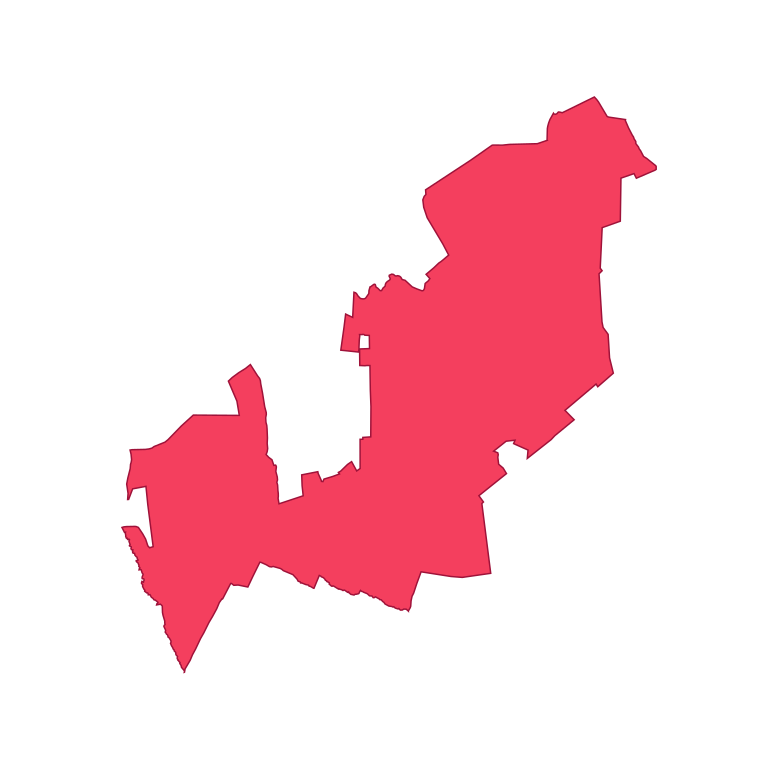 outline of Hlipiceni, Botosani, Romania, rotated 7°
{"feature_id": "2599482B72423078179164", "entity_name": "Hlipiceni", "entity_type": "district", "adm_level": 2, "iso_a3": "ROU", "parent_name": "Romania", "parent_adm1": "Botosani", "projection": "mercator", "projection_center": [27.104, 47.59], "detail": "fine", "context": "isolated", "style": "filled", "palette": "rose", "viewbox_px": 768, "rotation_deg": 7, "n_neighbors": 0, "source": "geoboundaries", "source_scale": "gbopen_adm2", "svg_char_len": 6154}
<svg xmlns="http://www.w3.org/2000/svg" viewBox="0 0 768 768"><g transform="rotate(7 384 384)"><path d="M220.9,694.5L221.1,694.4L221.3,691.0L225.3,681.8L226.9,676.1L229.3,670.0L232.9,659.1L235.5,652.9L239.3,642.1L242.2,635.5L245.4,627.4L247.2,621.0L249.3,617.1L249.7,617.2L250.1,616.8L256.1,600.7L257.0,600.6L259.4,602.1L263.7,601.3L273.6,602.1L277.2,591.2L282.5,576.0L283.5,576.0L289.1,577.7L292.5,579.2L294.5,579.3L296.2,578.6L303.4,579.7L305.2,580.4L306.8,581.5L316.8,584.3L321.5,588.3L322.8,590.2L324.9,590.6L325.4,591.6L325.9,591.7L326.3,591.4L330.8,592.6L333.4,592.8L333.9,593.1L334.2,593.7L335.7,593.9L338.9,595.3L339.4,595.3L343.1,581.9L344.9,582.5L345.3,583.0L347.5,583.6L349.4,585.2L349.7,585.9L351.1,586.4L351.3,587.0L353.8,587.8L354.1,588.4L353.9,589.2L356.5,591.0L357.4,591.0L357.9,590.6L358.6,590.7L363.6,593.0L363.9,593.1L364.2,592.7L365.0,593.1L366.9,593.3L368.5,594.0L369.0,593.6L370.0,593.4L373.1,595.1L373.6,595.2L373.9,594.7L374.2,594.7L374.5,595.3L376.7,596.8L380.0,597.1L381.0,596.2L382.3,596.0L384.4,595.2L384.7,594.8L385.3,592.6L385.8,592.4L385.9,591.8L387.2,592.6L388.3,592.7L388.9,593.1L393.0,594.2L395.4,596.0L397.9,595.9L399.3,597.4L400.2,597.3L401.4,596.3L405.7,598.0L406.0,598.5L407.7,598.6L409.1,600.0L410.5,600.7L411.8,602.2L415.8,603.8L419.0,603.9L420.1,604.3L420.8,603.9L422.4,605.0L425.4,605.6L426.1,605.0L427.6,606.3L428.1,606.4L430.0,606.0L430.1,605.7L431.1,605.0L433.5,604.8L435.8,606.4L435.7,605.9L436.1,605.7L437.3,602.8L437.6,601.3L437.3,595.9L437.7,591.3L438.9,588.0L440.9,577.9L443.7,565.9L474.0,566.9L485.3,566.4L513.0,558.9L495.7,490.7L497.1,489.0L491.8,483.3L516.5,458.0L512.5,452.9L507.6,449.7L505.9,442.9L506.0,440.2L505.3,438.4L501.0,437.3L512.2,425.9L520.9,423.8L519.9,427.4L535.0,432.0L535.3,440.4L556.7,418.8L559.9,414.4L577.1,396.3L566.8,388.1L594.5,358.2L596.5,360.7L610.3,345.3L604.7,330.6L600.4,307.4L594.6,301.2L592.8,295.8L584.0,248.4L586.7,245.0L584.5,242.7L581.5,202.2L598.7,193.6L594.1,150.8L606.5,144.7L609.4,149.0L627.0,138.7L628.0,137.8L627.6,134.8L627.2,134.3L617.6,128.3L613.9,126.5L610.1,121.0L608.6,119.5L607.8,117.9L604.7,114.7L604.5,114.4L604.5,113.1L604.2,112.4L602.3,110.1L601.6,108.5L600.0,106.6L595.5,100.0L591.5,93.2L591.4,92.7L591.5,92.1L574.5,91.7L572.9,91.3L562.5,77.9L560.6,75.9L557.8,73.5L527.9,93.0L525.4,92.7L523.9,92.8L522.6,94.7L521.3,95.4L519.7,95.3L519.2,94.6L516.5,101.2L515.6,104.8L515.1,108.4L515.0,110.5L516.1,121.8L516.4,122.2L506.9,126.8L479.3,130.9L472.4,132.5L463.5,133.5L462.2,133.8L442.2,151.8L401.6,186.2L402.5,190.8L401.0,192.9L400.1,196.5L401.9,203.8L406.6,213.7L425.3,237.8L432.5,248.2L425.7,255.5L423.7,257.2L419.1,262.8L412.4,270.0L416.7,273.8L415.4,276.2L412.6,279.2L412.5,284.3L412.0,285.8L411.2,286.7L410.1,286.8L405.0,285.6L400.2,284.2L392.3,278.5L389.3,278.1L387.7,276.0L386.3,275.1L384.4,274.8L383.0,275.3L381.9,275.3L380.1,274.1L378.3,274.0L376.0,275.4L375.9,276.3L377.3,278.6L377.3,279.4L376.8,280.2L374.8,281.9L373.7,283.4L373.3,284.6L373.1,286.9L371.4,288.8L370.2,291.6L368.8,291.8L366.3,289.8L364.2,288.7L363.3,286.5L362.7,286.1L361.7,286.4L359.0,289.0L358.3,289.3L357.7,293.0L357.9,296.1L355.2,301.2L353.8,301.9L352.6,302.1L350.2,302.0L347.5,299.8L345.7,297.6L344.6,296.9L343.0,296.6L344.8,321.7L337.4,319.3L337.4,332.5L337.0,355.7L354.8,355.4L354.9,351.8L354.7,350.7L354.1,343.2L354.1,339.3L353.7,337.9L356.5,337.6L356.9,337.3L358.3,337.4L358.9,337.9L363.5,337.6L365.3,350.6L355.5,352.2L357.7,368.6L362.8,368.2L364.9,367.7L367.8,367.4L371.2,391.9L373.8,408.0L377.3,438.1L369.5,439.6L369.7,441.4L367.0,441.8L370.6,470.8L367.5,473.6L361.3,465.0L357.6,468.3L351.5,475.9L349.5,477.3L350.8,478.7L344.4,482.0L336.0,485.7L335.3,488.3L333.8,488.3L333.6,487.5L329.6,480.9L329.0,479.1L313.4,484.2L315.1,494.9L317.4,504.8L294.4,515.7L292.8,510.3L292.8,508.4L292.4,505.5L291.7,502.7L290.7,497.2L289.6,494.6L290.0,492.2L289.4,489.3L287.3,484.0L287.3,479.4L286.6,477.9L286.2,477.7L284.6,478.2L282.0,472.8L278.6,470.9L275.6,468.4L276.3,465.5L276.4,462.2L275.3,457.2L274.9,451.8L273.4,442.7L272.7,439.4L271.5,436.4L270.7,431.9L270.9,428.5L270.6,426.7L268.4,421.2L264.5,407.7L261.6,398.7L260.9,395.7L259.8,393.6L257.6,391.4L249.0,381.0L244.6,385.5L238.5,390.4L232.6,396.0L229.2,400.1L240.1,418.9L244.2,432.8L198.5,438.1L188.0,450.3L176.4,465.6L173.7,468.4L163.4,474.1L161.5,475.9L158.6,477.1L155.1,478.0L142.0,479.9L140.0,480.5L141.5,484.5L142.7,489.9L142.6,492.5L142.2,494.7L142.4,498.9L141.2,508.5L140.8,514.7L143.3,523.8L143.6,529.9L144.6,529.7L147.3,518.7L160.2,514.6L164.2,532.3L174.7,573.6L171.3,575.1L169.3,573.4L166.3,567.0L162.8,562.2L157.7,556.3L155.5,555.7L154.2,555.7L145.8,556.9L143.2,557.5L141.4,558.3L144.5,562.9L145.5,562.6L145.4,563.5L146.1,565.7L146.2,566.8L147.1,568.4L147.9,568.3L148.4,569.5L149.7,569.1L150.3,569.4L150.3,570.0L150.0,570.5L150.1,571.4L151.6,574.3L151.0,575.3L151.1,575.7L153.0,576.4L153.1,576.9L152.9,578.1L153.4,579.1L155.0,579.3L154.7,580.2L154.7,580.5L155.2,580.9L155.1,582.1L155.8,582.5L157.1,582.5L157.6,584.2L159.0,585.5L160.1,586.1L160.4,587.5L161.2,588.3L161.3,588.9L160.1,589.5L159.6,589.5L159.5,589.8L160.1,590.6L161.8,591.7L162.2,592.7L162.8,593.5L162.9,595.0L164.0,595.9L164.1,596.6L163.6,597.2L163.5,598.3L165.0,597.9L165.7,598.1L166.9,600.9L168.0,602.1L168.1,602.6L167.5,604.8L167.5,606.1L167.8,606.7L169.0,606.6L169.5,606.9L169.8,608.1L169.4,609.2L169.4,610.0L167.8,609.4L167.5,611.1L167.7,611.6L169.0,612.6L169.0,614.1L169.4,614.9L170.9,617.1L171.8,617.8L171.7,618.9L174.1,620.3L174.7,620.1L175.3,620.5L175.7,622.0L177.4,621.6L179.1,624.0L180.8,624.9L182.1,626.3L183.4,626.4L186.1,628.1L186.3,628.6L185.3,630.0L185.2,631.0L188.9,629.8L190.4,630.8L191.0,631.5L192.0,637.9L192.9,640.6L195.3,646.1L195.5,647.9L196.0,649.5L195.2,650.4L195.1,651.5L197.2,654.9L197.3,655.4L197.1,656.2L197.2,657.2L197.8,657.6L198.6,658.8L199.7,659.4L200.3,660.6L200.4,661.4L201.6,662.0L203.7,664.7L204.0,665.6L204.0,666.7L203.7,667.4L205.0,669.7L206.3,671.3L207.1,672.8L208.1,673.5L208.3,674.5L209.9,675.7L210.5,678.1L212.3,679.6L212.1,681.1L212.3,681.9L213.1,682.6L213.0,683.1L215.5,685.4L215.4,686.3L216.9,688.1L217.5,689.9L220.7,692.9L221.0,693.5L220.9,694.5Z" fill="#f43f5e" stroke="#9f1239" stroke-width="1.5"/></g></svg>